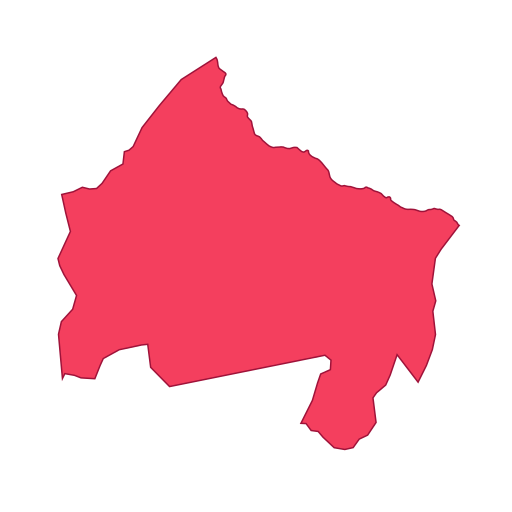 Kouango, Ouaka, Central African Republic, rotated 174°
{"feature_id": "33826404B56773227283390", "entity_name": "Kouango", "entity_type": "district", "adm_level": 2, "iso_a3": "CAF", "parent_name": "Central African Republic", "parent_adm1": "Ouaka", "projection": "orthographic", "projection_center": [20.271, 5.054], "detail": "fine", "context": "isolated", "style": "filled", "palette": "rose", "viewbox_px": 512, "rotation_deg": 174, "n_neighbors": 0, "source": "geoboundaries", "source_scale": "gbopen_adm2", "svg_char_len": 3589}
<svg xmlns="http://www.w3.org/2000/svg" viewBox="0 0 512 512"><g transform="rotate(174 256 256)"><path d="M453.2,274.2L452.2,266.9L448.9,257.6L438.6,235.5L443.9,222.2L456.4,211.1L460.6,198.8L461.3,154.4L458.4,159.0L449.0,156.3L442.8,153.1L429.1,150.8L422.5,163.4L418.6,170.0L401.8,177.1L379.1,179.5L372.9,179.5L372.4,156.3L355.6,135.2L197.8,150.1L192.3,144.6L193.9,135.2L204.0,131.9L208.0,123.4L215.0,106.5L228.8,84.9L223.7,84.1L219.4,76.7L212.5,75.0L208.3,68.8L198.3,57.2L187.9,54.3L179.4,55.3L172.5,63.1L163.7,66.2L154.0,77.9L154.5,102.7L150.4,107.4L140.5,114.1L135.0,123.6L126.0,143.1L108.0,113.6L98.0,129.3L90.4,144.5L85.7,159.1L85.9,182.6L81.9,192.6L84.0,209.8L77.8,235.0L71.2,243.4L50.7,265.2L51.5,265.8L51.9,266.6L52.4,267.6L52.7,268.5L53.3,269.1L54.0,269.9L54.8,270.4L55.2,270.8L55.6,271.6L55.8,272.7L56.1,273.7L56.9,274.8L57.9,275.6L60.0,277.3L62.8,279.4L64.3,280.6L65.7,281.7L67.0,282.7L68.3,283.3L69.4,283.3L70.5,283.4L71.5,283.8L72.0,283.9L72.9,284.3L73.5,284.6L74.3,284.6L75.2,284.3L76.1,284.1L77.2,284.0L78.1,284.0L79.2,284.1L80.6,283.8L81.9,283.2L83.1,282.9L84.5,282.8L86.3,282.9L87.9,283.2L89.2,283.7L91.8,284.9L93.2,285.5L94.9,285.9L97.3,286.3L100.2,286.5L102.3,287.0L104.0,287.8L105.4,288.7L107.1,289.6L109.1,291.5L110.8,292.7L113.3,294.7L114.8,296.1L115.6,296.9L116.0,297.5L116.2,298.0L116.2,298.6L116.1,299.3L116.2,299.7L116.5,300.2L116.9,300.7L117.5,300.9L118.2,300.9L119.1,300.8L119.7,300.4L120.3,300.3L120.9,300.5L121.5,300.9L122.0,301.5L122.7,302.0L123.4,302.9L124.3,304.1L125.0,305.0L126.0,305.7L126.8,306.2L128.7,307.2L130.0,307.7L131.5,308.3L132.5,308.9L133.6,309.8L134.2,310.4L135.1,310.9L135.9,311.4L136.9,311.8L137.8,312.2L138.5,312.8L139.3,313.0L140.2,312.8L141.0,312.2L142.2,311.9L144.3,311.8L145.5,311.9L147.1,312.2L149.0,312.6L151.6,313.8L154.7,315.1L156.6,315.4L158.1,315.8L159.2,316.2L160.1,316.5L160.8,316.8L161.7,316.7L162.6,316.6L163.4,316.6L164.3,316.9L165.1,317.4L166.0,318.0L167.2,318.7L168.3,319.5L169.7,320.9L171.0,322.1L172.1,323.2L172.9,324.2L173.6,325.4L174.0,326.3L174.3,327.4L174.4,328.4L174.6,330.0L174.8,331.7L175.1,333.0L175.7,334.2L176.5,335.2L177.8,337.1L180.9,341.9L183.0,344.6L184.7,346.1L187.1,347.2L189.9,349.0L191.6,350.7L192.6,352.3L192.9,353.7L192.9,355.1L193.6,355.7L194.8,355.7L196.1,354.9L197.6,354.3L199.3,354.9L200.5,355.9L202.3,357.8L203.9,359.6L205.9,360.0L207.6,360.0L209.6,359.6L211.3,359.3L213.7,359.7L215.8,360.6L217.5,361.5L219.7,361.9L221.5,361.9L223.4,362.0L225.2,362.1L226.3,362.0L227.1,362.0L228.2,362.3L229.7,363.0L231.5,364.1L233.9,366.5L235.5,368.3L237.4,370.3L238.6,372.3L240.0,374.1L241.3,374.9L242.8,375.6L244.1,376.6L244.7,377.7L245.1,379.9L245.6,383.1L246.1,385.6L246.3,388.6L246.5,390.4L247.2,391.5L248.2,392.7L249.2,394.0L249.9,395.1L250.0,396.2L249.6,397.4L249.5,398.7L250.1,400.3L251.1,401.8L252.3,403.1L253.6,403.6L255.4,403.7L257.3,404.2L259.3,405.4L260.6,406.8L262.9,408.5L265.1,409.6L266.5,411.2L268.0,412.9L268.7,414.5L269.1,415.9L270.0,416.9L270.8,417.5L271.9,418.8L272.6,420.9L273.1,423.1L273.4,425.7L274.0,427.0L273.6,428.4L271.6,430.6L270.7,431.7L270.2,432.9L269.9,433.8L269.3,435.4L268.8,436.8L268.3,437.9L267.6,438.7L267.1,439.3L266.9,440.2L267.2,440.9L267.7,441.6L269.8,443.4L271.1,444.6L272.1,445.5L272.9,446.3L273.3,447.0L273.6,448.1L273.8,449.0L273.9,450.6L273.9,452.2L274.0,453.9L274.2,455.5L274.6,456.5L275.1,457.7L311.9,439.3L336.4,415.7L355.9,395.6L366.7,377.7L371.2,374.5L376.0,373.5L378.7,361.4L391.7,355.9L401.5,344.3L407.5,339.8L414.5,340.0L421.5,342.5L431.0,339.0L442.8,337.5L440.7,318.6L438.0,299.8L453.2,274.2Z" fill="#f43f5e" stroke="#9f1239" stroke-width="1.5"/></g></svg>